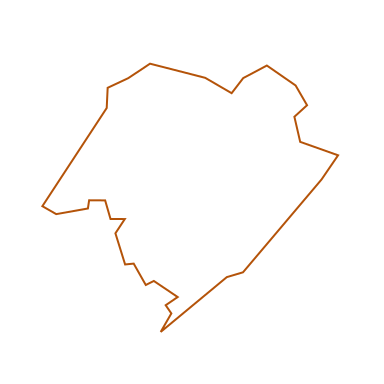 outline of Wirt, West Virginia, United States of America, rotated 171°
{"feature_id": "52423323B46125568158444", "entity_name": "Wirt", "entity_type": "district", "adm_level": 2, "iso_a3": "USA", "parent_name": "United States of America", "parent_adm1": "West Virginia", "projection": "orthographic", "projection_center": [-81.353, 39.041], "detail": "fine", "context": "isolated", "style": "outline", "palette": "amber", "viewbox_px": 384, "rotation_deg": 171, "n_neighbors": 0, "source": "geoboundaries", "source_scale": "gbopen_adm2", "svg_char_len": 550}
<svg xmlns="http://www.w3.org/2000/svg" viewBox="0 0 384 384"><g transform="rotate(171 192 192)"><path d="M244.8,58.7L170.9,102.5L154.2,104.7L62.1,184.1L42.0,205.4L77.3,224.6L79.1,250.3L64.8,259.7L73.0,281.0L98.3,305.2L123.6,296.5L137.4,283.4L161.1,302.7L213.4,325.3L237.2,314.4L259.0,308.1L263.1,288.3L342.0,201.4L329.6,191.4L297.4,192.0L294.9,199.9L279.1,197.3L276.7,178.1L262.6,175.8L274.1,163.2L269.4,130.9L260.8,130.4L252.2,107.4L243.6,110.1L222.6,90.5L235.7,84.3L231.4,75.3L244.8,58.7Z" fill="none" stroke="#b45309" stroke-width="2"/></g></svg>